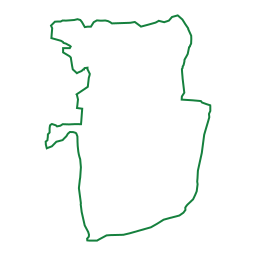 outline of Maghrib Ans, Dhamar, Yemen
{"feature_id": "15242507B95174628891381", "entity_name": "Maghrib Ans", "entity_type": "district", "adm_level": 2, "iso_a3": "YEM", "parent_name": "Yemen", "parent_adm1": "Dhamar", "projection": "albers", "projection_center": [44.109, 14.465], "detail": "fine", "context": "isolated", "style": "outline", "palette": "green", "viewbox_px": 256, "rotation_deg": 0, "n_neighbors": 0, "source": "geoboundaries", "source_scale": "gbopen_adm2", "svg_char_len": 2704}
<svg xmlns="http://www.w3.org/2000/svg" viewBox="0 0 256 256"><path d="M179.4,215.5L183.4,212.7L185.4,210.0L185.3,207.6L186.2,206.2L187.3,204.8L193.1,199.3L195.2,194.9L196.7,191.3L197.6,184.2L197.2,181.6L197.5,178.2L197.9,170.7L201.8,152.9L204.2,134.7L205.8,129.2L208.2,121.1L209.3,117.2L209.0,114.1L209.1,113.6L210.3,111.0L210.3,106.3L210.2,105.3L206.7,104.2L202.0,102.5L200.9,101.1L199.2,100.9L192.6,100.3L181.7,99.6L181.8,97.4L181.9,96.4L184.3,92.7L182.6,78.4L182.6,78.1L182.1,72.3L181.9,69.1L182.6,67.9L182.7,66.5L183.6,65.0L184.4,61.5L184.5,59.8L185.3,58.3L186.2,56.8L187.7,54.0L189.0,47.7L189.0,47.3L189.9,46.5L190.1,45.6L191.1,43.6L191.3,39.1L191.2,35.7L188.2,29.1L188.2,28.4L185.0,23.7L184.1,22.2L183.2,20.8L182.4,19.5L178.1,15.7L177.7,15.4L172.0,17.0L168.9,20.6L167.2,21.2L165.3,21.8L164.2,22.2L158.7,20.8L157.5,21.6L157.2,21.7L155.6,22.6L148.5,24.6L141.0,26.6L140.8,26.4L135.8,22.7L134.8,22.0L130.2,22.8L121.1,23.1L111.9,23.4L110.2,22.2L109.4,21.8L108.0,21.1L105.3,20.5L101.5,20.7L100.7,20.7L96.9,20.4L93.7,22.2L90.9,26.7L90.4,26.7L87.4,26.7L84.8,27.1L81.9,22.0L80.3,20.0L77.5,19.2L74.2,20.0L66.1,20.6L62.6,20.5L60.7,21.5L58.3,21.5L54.9,21.7L53.6,23.0L51.0,25.6L52.2,28.2L51.4,38.1L61.0,40.8L63.0,42.0L63.2,42.4L63.5,42.9L65.9,43.6L68.6,45.1L69.5,45.5L70.7,46.5L69.8,48.1L67.2,48.1L63.1,48.1L63.1,48.5L63.1,52.4L69.5,56.2L70.8,57.5L71.4,61.5L71.5,62.0L72.1,65.9L72.7,69.0L72.8,69.4L75.0,71.4L76.9,73.2L77.9,72.6L81.6,71.0L83.0,69.6L84.0,69.5L84.1,68.8L84.3,68.4L84.6,68.1L85.3,68.0L87.5,67.7L87.5,69.2L87.5,69.4L87.9,70.0L89.0,72.3L89.8,73.9L89.7,74.5L89.5,75.5L88.8,77.8L87.8,86.8L76.7,94.3L76.8,94.4L78.0,99.5L77.9,100.2L77.7,102.0L77.5,103.9L77.4,104.9L77.0,108.0L82.2,108.7L81.3,120.9L81.0,124.2L75.5,124.1L69.0,124.4L62.7,124.2L60.4,125.7L57.0,126.4L55.8,125.3L51.9,124.0L51.2,124.4L50.1,125.3L49.9,126.2L49.6,128.2L49.6,131.3L49.6,132.5L49.2,133.0L47.9,134.3L47.8,137.2L47.6,138.4L47.6,138.7L47.5,139.6L47.4,140.3L45.7,141.6L45.7,142.0L45.8,143.1L45.8,143.7L45.8,144.3L46.6,147.6L46.8,148.3L47.5,148.0L51.9,146.3L56.4,141.7L56.9,141.6L57.6,141.4L58.1,141.3L62.6,140.1L63.6,139.0L66.4,136.2L67.9,133.7L69.9,132.0L73.2,132.1L75.2,132.7L76.2,133.3L76.5,134.0L77.4,136.4L77.5,140.4L77.5,141.4L77.6,143.7L77.7,145.9L78.3,151.6L78.8,154.3L79.4,156.7L80.2,159.3L80.9,167.3L80.2,177.5L79.8,180.0L79.6,181.9L78.9,188.1L80.9,203.3L80.7,204.3L81.7,212.1L84.7,225.4L88.2,232.0L88.6,233.4L89.0,234.7L88.8,236.7L87.1,238.7L87.3,240.4L89.4,240.6L97.1,240.6L97.7,240.2L100.4,238.7L106.0,235.7L106.5,235.4L110.7,235.1L123.3,234.8L129.7,233.3L145.2,228.9L150.9,227.3L156.9,223.9L163.6,219.7L170.9,217.7L171.1,217.7L173.3,217.1L175.7,216.5L179.4,215.5Z" fill="none" stroke="#15803d" stroke-width="2"/></svg>